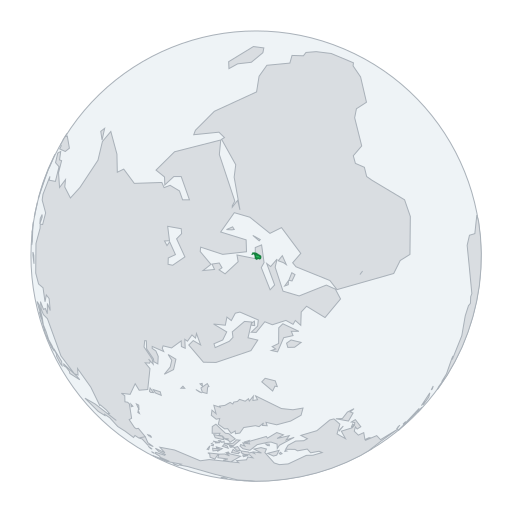 Thessalia on an orthographic globe, rotated 203°
{"feature_id": "GRC-2900", "entity_name": "Thessalia", "entity_type": "Region", "adm_level": 1, "iso_a3": "GRC", "parent_name": "Greece", "parent_adm1": "", "projection": "orthographic", "projection_center": [22.751, 39.565], "detail": "fine", "context": "on_globe", "style": "filled", "palette": "green", "viewbox_px": 512, "rotation_deg": 203, "n_neighbors": 0, "source": "natural_earth", "source_scale": "10m", "svg_char_len": 12289}
<svg xmlns="http://www.w3.org/2000/svg" viewBox="0 0 512 512"><g transform="rotate(203 256 256)"><circle cx="256" cy="256" r="225" fill="#eef3f6" stroke="#a8b0b8"/><path d="M170.8,47.4L175.2,45.9L168.8,48.4L172.5,47.3L180.7,44.3L185.3,42.7L209.2,38.9L236.7,35.5L244.9,33.7L243.5,35.2L258.6,31.8L273.2,32.0L257.0,32.5L255.6,33.2L265.6,33.3L266.3,34.1L271.6,34.9L271.6,36.1L262.1,36.9L261.9,37.9L269.0,38.0L273.5,39.7L263.0,39.3L269.7,42.4L255.2,45.6L227.3,45.7L219.4,50.4L191.2,59.0L194.0,60.0L185.1,64.7L185.0,67.8L179.9,69.0L184.3,70.5L189.0,68.9L192.6,69.1L193.0,70.9L186.4,72.6L185.3,72.0L183.5,73.5L180.1,73.6L182.0,74.6L174.0,76.8L182.4,77.5L176.5,81.6L171.0,82.4L171.0,78.5L158.4,72.6L152.9,73.1L145.1,77.2L131.7,92.2L125.8,94.8L118.3,100.9L121.7,100.9L128.8,96.2L133.4,98.3L141.6,92.9L144.6,93.2L153.2,89.7L152.5,94.4L147.1,101.2L139.9,104.6L137.3,107.9L144.6,108.4L131.7,119.0L124.0,133.9L120.6,136.5L113.1,134.0L111.9,123.9L102.2,122.8L109.0,128.1L100.4,135.4L99.2,138.7L100.0,141.3L103.4,140.4L100.6,144.2L92.8,139.8L95.3,136.3L97.7,137.5L97.1,133.1L91.8,131.1L87.8,135.5L84.0,129.6L81.1,132.8L78.7,133.7L83.5,128.8L74.7,137.8L69.6,135.6L57.5,152.5L68.8,134.1L72.4,127.5L75.8,121.6L73.8,124.1L81.1,114.1L81.4,113.6L92.0,101.5L103.4,90.2L115.6,79.8L128.5,70.3L142.1,61.7L156.2,54.0L170.8,47.4ZM36.6,204.8L36.9,203.8L36.7,207.6L34.2,217.6L36.0,212.8L34.6,221.9L35.6,236.9L34.9,238.0L35.4,263.0L40.0,282.6L41.0,293.3L40.1,296.2L42.5,302.5L42.6,305.7L56.0,330.4L65.8,348.3L67.6,358.5L63.3,362.1L68.7,379.9L64.7,375.0L56.7,361.1L49.7,346.6L43.8,331.6L38.9,316.3L35.2,300.6L32.6,284.8L31.1,268.7L30.7,252.7L31.6,236.6L33.5,220.6L36.6,204.8ZM54.4,157.3L46.2,179.6L47.7,172.4L48.0,172.5L50.7,165.5L54.7,155.9L56.9,150.7L54.4,157.3ZM57.9,154.7L59.1,151.7L58.4,154.0L57.9,154.7ZM187.2,42.0L180.8,44.2L173.1,46.9L178.3,44.8L187.2,42.0ZM201.9,38.4L199.2,39.4L195.3,39.8L198.1,39.1L201.9,38.4ZM250.6,32.5L245.3,32.8L250.2,32.3L250.6,32.5ZM272.4,34.8L273.6,34.6L275.8,35.1L272.4,34.8ZM153.1,87.4L153.1,88.5L151.5,88.5L153.1,87.4ZM156.7,84.9L154.8,84.2L156.2,82.9L157.4,83.4L156.7,84.9ZM277.8,37.6L280.9,38.8L276.1,37.7L277.8,37.6ZM158.8,86.1L159.1,80.8L161.7,78.7L168.3,78.8L158.8,86.1ZM281.6,39.6L289.3,43.1L292.8,42.7L287.3,46.4L282.6,41.9L276.1,40.4L280.7,40.5L281.6,39.6ZM190.4,67.6L185.3,69.4L189.2,66.3L190.4,67.6ZM192.0,65.6L198.8,56.6L206.5,55.1L202.6,58.2L212.3,55.4L212.7,59.1L207.5,61.5L202.4,61.6L206.4,63.0L192.0,65.6ZM283.0,48.2L283.4,49.3L281.1,48.3L283.0,48.2ZM194.3,68.9L195.0,67.1L201.7,65.6L201.5,69.1L199.4,68.4L194.3,68.9ZM214.6,53.0L219.6,52.8L221.2,55.6L223.4,56.0L213.3,59.0L214.6,53.0ZM198.1,69.7L201.3,71.0L198.5,73.4L194.1,70.7L198.1,69.7ZM203.5,63.9L206.6,63.4L204.8,64.8L203.5,63.9ZM190.3,83.4L191.0,80.9L194.5,79.9L190.3,83.4ZM202.6,71.3L203.6,70.5L205.0,69.9L206.5,71.3L202.6,71.3ZM215.2,61.0L214.9,62.3L219.4,59.8L220.9,62.2L213.9,63.9L217.5,64.1L218.0,64.8L211.8,65.5L215.2,61.0ZM212.4,71.0L204.1,74.5L202.0,79.2L198.8,80.2L202.7,72.4L212.4,71.0ZM212.6,67.7L211.8,69.9L208.2,69.8L206.5,68.2L212.6,67.7ZM224.3,63.2L223.9,59.2L225.5,59.0L224.3,63.2ZM212.5,72.3L214.6,71.5L212.8,72.7L212.5,72.3ZM221.5,65.9L221.2,64.5L222.9,64.3L221.5,65.9ZM218.9,71.2L216.2,72.2L215.0,71.1L218.9,71.2ZM220.7,68.8L223.2,68.9L216.2,70.1L220.2,68.1L220.7,68.8ZM223.2,66.0L224.2,65.4L223.1,66.6L223.2,66.0ZM225.0,75.1L216.5,76.9L213.8,74.3L222.5,72.8L225.0,75.1ZM129.4,352.7L114.9,317.6L121.5,308.2L122.4,293.7L168.3,256.7L178.4,262.3L215.0,261.7L219.6,264.1L215.8,275.9L243.6,292.1L252.0,282.3L276.8,289.3L292.9,287.4L297.9,264.3L271.4,267.0L266.4,256.2L287.3,244.5L310.4,242.5L309.1,238.3L294.2,230.7L299.1,221.9L288.9,227.4L293.3,231.4L287.1,235.2L282.7,231.9L284.6,228.8L277.5,227.5L270.2,243.8L273.9,249.5L255.6,253.3L260.0,263.5L255.2,268.4L246.0,253.1L246.6,247.4L229.8,230.4L227.5,236.6L243.2,253.3L238.4,252.0L235.4,261.4L234.0,253.2L217.4,234.2L200.7,236.1L179.9,256.7L170.0,256.5L161.4,249.5L168.4,226.3L189.8,229.5L192.5,222.1L187.7,209.7L194.6,212.0L195.2,207.6L203.3,208.4L214.1,199.1L222.2,198.9L226.0,185.7L230.6,184.0L227.1,192.1L228.9,198.0L248.9,198.1L252.7,195.3L253.5,186.9L258.9,188.4L257.2,180.3L268.5,176.8L253.3,174.7L253.8,165.7L260.4,158.8L257.8,155.7L247.2,167.1L245.4,172.1L248.2,176.9L241.0,191.3L234.2,193.5L231.4,177.6L221.5,179.3L223.7,166.9L251.2,142.4L262.9,137.7L283.1,147.8L280.7,153.6L272.2,152.5L280.5,161.4L279.6,156.8L284.1,158.3L285.8,150.8L289.0,151.5L285.1,143.4L289.3,143.5L291.7,148.6L297.8,138.4L306.4,137.0L306.2,134.4L303.6,132.0L316.2,132.2L315.5,130.4L311.1,129.5L306.8,125.4L304.2,118.3L308.7,118.8L310.3,121.3L320.4,127.8L323.8,135.1L325.4,134.6L323.5,128.5L311.2,120.5L308.3,116.2L314.6,119.1L312.1,117.7L312.1,115.8L316.3,114.4L309.6,110.9L303.5,90.8L311.1,86.8L317.3,91.2L317.8,79.5L326.3,77.0L322.2,76.1L319.7,70.6L317.0,71.2L314.8,70.4L307.1,58.0L308.8,55.8L300.8,50.6L298.7,50.2L297.0,51.4L287.3,46.4L292.8,42.7L297.3,43.5L297.8,41.1L308.0,43.6L316.6,45.0L327.5,50.0L333.4,51.1L332.8,50.1L340.5,51.3L357.9,58.3L346.1,56.9L320.3,50.0L331.0,52.9L329.3,53.7L333.5,55.8L341.0,58.1L341.5,57.4L356.9,70.8L376.3,82.7L373.3,76.9L377.1,76.6L396.5,87.8L423.5,116.8L428.8,119.0L432.9,123.1L436.6,129.8L430.7,123.8L429.4,125.4L425.5,121.3L429.5,130.8L424.1,125.4L429.8,136.0L433.8,138.2L432.3,131.4L439.6,143.5L445.2,145.3L452.1,154.2L463.4,181.5L465.6,197.2L467.1,201.0L464.7,201.6L466.5,213.5L474.7,224.0L476.2,229.6L476.8,248.8L475.9,245.0L469.8,246.3L472.2,261.2L477.0,263.6L478.7,273.3L476.6,275.9L474.4,267.7L472.2,267.8L470.3,255.5L463.6,242.3L461.2,251.9L459.0,244.8L449.5,236.9L444.8,250.4L438.9,282.4L442.1,301.4L438.3,313.9L423.8,295.4L416.4,278.9L411.7,284.3L396.4,275.3L371.4,286.9L367.3,283.0L362.7,287.5L351.9,286.0L345.5,279.0L339.2,281.7L355.9,299.9L362.7,297.0L367.7,285.8L371.1,293.0L381.6,296.0L371.7,320.1L333.8,349.0L329.4,335.1L296.9,298.2L297.5,293.1L297.3,292.6L296.9,291.6L294.7,300.1L288.8,292.2L306.9,320.0L310.3,332.1L333.3,350.0L331.3,352.7L338.5,355.5L360.7,343.3L360.9,348.1L350.9,372.9L319.6,407.3L323.4,422.7L320.5,435.8L300.2,446.8L301.2,454.7L290.6,458.8L289.5,462.9L280.5,467.6L265.9,471.8L241.8,471.9L240.9,468.9L229.7,461.7L214.4,440.7L221.1,430.8L219.2,421.8L201.7,398.6L205.6,386.3L200.7,380.1L190.9,380.0L185.2,372.4L179.2,371.1L141.2,365.8L129.4,352.7ZM153.1,279.5L152.0,283.8L153.1,279.5ZM335.5,251.9L348.9,248.8L341.6,236.2L346.1,234.1L342.0,230.8L341.0,235.3L330.7,225.8L336.0,219.9L333.7,214.0L329.1,214.9L321.1,227.4L335.8,240.8L333.2,247.5L335.5,251.9ZM35.7,237.3L35.6,241.0L35.2,238.6L35.7,237.3ZM46.2,175.1L45.3,178.4L44.2,181.4L44.6,179.6L46.2,175.1ZM42.4,201.2L42.1,205.6L41.7,202.6L42.4,201.2ZM45.3,182.9L42.5,198.0L41.8,193.6L43.9,184.3L43.4,188.4L45.3,182.9ZM55.0,158.5L54.0,161.1L53.2,162.2L55.0,158.5ZM57.5,156.5L57.6,155.9L58.7,153.7L57.5,156.5ZM100.8,135.6L101.4,136.1L101.4,139.2L99.9,138.7L100.8,135.6ZM110.9,148.0L106.1,153.8L108.4,149.2L105.3,149.4L106.4,140.2L118.9,137.4L113.0,140.1L110.9,148.0ZM111.3,128.0L109.2,133.6L111.0,127.6L111.3,128.0ZM191.0,184.3L193.8,187.7L190.9,192.4L180.7,194.1L184.8,187.1L191.0,184.3ZM198.6,191.6L198.7,176.2L205.0,175.0L201.5,178.1L205.7,178.9L201.0,184.3L207.0,198.8L204.8,204.1L187.1,203.4L194.1,200.5L190.8,197.2L198.6,191.6ZM187.7,143.6L187.9,138.2L201.5,142.4L199.8,147.0L189.5,148.6L185.4,144.1L187.7,143.6ZM170.4,88.0L169.6,86.6L171.4,86.0L173.6,86.7L170.4,88.0ZM190.3,82.3L176.0,93.9L174.3,92.8L167.9,101.6L160.9,102.1L165.3,96.3L155.2,103.6L156.4,98.5L150.0,104.0L160.5,90.9L161.2,87.1L163.1,91.1L169.4,90.6L172.3,89.2L181.2,82.8L185.7,74.8L192.7,73.5L196.5,74.8L196.4,76.5L191.9,76.7L195.1,78.8L188.5,80.5L190.3,82.3ZM236.3,96.9L231.1,95.2L236.5,102.1L229.9,102.8L230.9,103.6L226.3,106.3L222.6,111.1L219.5,110.7L219.4,112.8L216.3,114.8L215.1,117.6L209.2,118.1L207.2,121.7L205.5,119.9L203.7,126.0L202.4,121.8L198.4,124.3L201.8,127.1L173.0,125.5L161.9,128.9L153.3,134.4L152.3,127.0L159.6,117.6L171.0,108.7L181.8,106.8L179.4,104.1L183.9,102.5L183.9,105.3L186.5,100.1L190.2,99.6L200.3,93.3L201.7,86.7L205.5,84.4L206.8,86.8L209.6,83.0L214.6,86.0L217.3,84.6L225.0,86.4L225.9,92.2L228.9,90.2L234.9,91.9L236.3,96.9ZM227.1,75.7L229.6,81.9L227.2,85.5L214.9,80.9L211.6,81.8L203.6,79.5L207.2,74.4L209.2,75.5L211.9,75.4L209.7,77.0L213.5,75.7L216.4,77.2L220.1,76.7L219.9,78.7L227.1,75.7ZM224.7,259.9L228.2,260.6L233.7,260.3L231.9,266.6L224.7,259.9ZM213.1,247.1L216.3,246.5L216.5,254.6L212.8,254.1L213.1,247.1ZM217.9,239.6L216.5,245.9L215.1,242.2L217.9,239.6ZM230.0,191.4L233.4,190.5L233.8,192.5L232.0,195.4L230.0,191.4ZM251.0,119.5L248.3,117.5L249.3,116.5L247.4,110.3L252.1,109.6L255.1,113.0L251.0,119.5ZM293.5,268.8L288.9,273.7L286.4,271.9L288.5,270.6L293.5,268.8ZM259.0,271.2L267.0,273.7L258.5,272.8L259.0,271.2ZM255.8,117.7L254.4,115.2L257.6,116.4L255.8,117.7ZM255.4,108.8L259.2,109.6L252.4,108.8L255.4,108.8ZM357.1,424.2L340.2,447.8L330.1,450.6L329.1,445.8L336.0,432.5L348.0,425.7L354.1,417.9L357.1,424.2ZM478.2,293.0L477.8,295.0L478.6,290.5L479.1,287.0L478.2,293.0ZM478.5,290.9L476.6,292.7L469.9,282.3L472.4,277.7L478.6,277.9L478.3,281.4L479.4,281.9L478.5,290.9ZM480.8,271.1L480.8,264.2L480.8,257.6L481.1,254.4L479.0,224.2L479.0,223.9L480.7,239.6L481.3,255.3L480.8,271.1ZM443.0,302.6L447.6,310.1L445.2,314.4L443.0,302.6ZM475.8,207.1L478.2,219.8L475.3,205.2L475.8,207.1ZM472.8,195.2L473.8,198.5L473.2,197.2L472.8,195.2ZM469.2,206.1L469.1,210.6L468.0,208.1L467.5,201.0L469.2,206.1ZM457.3,162.1L461.5,169.3L462.9,172.5L460.8,169.8L457.3,162.1ZM294.2,111.3L291.6,120.3L292.8,127.1L298.4,131.0L289.4,129.7L287.5,119.2L294.2,111.3ZM301.9,93.1L296.9,90.2L299.7,89.3L301.2,89.8L301.9,93.1ZM298.4,92.9L291.1,93.6L288.8,90.7L295.0,90.6L298.4,92.9ZM273.5,104.9L272.4,107.6L269.9,106.4L273.5,104.9ZM474.3,200.4L473.7,197.9L473.3,196.7L474.3,200.4ZM471.8,191.5L472.7,195.3L467.6,182.0L466.7,178.5L470.9,189.6L471.6,190.6L471.8,191.5ZM433.8,120.3L431.2,117.7L429.0,114.2L431.4,117.0L433.8,120.3ZM419.4,101.9L427.5,112.5L433.6,121.9L434.1,121.4L439.7,128.6L436.4,126.3L428.6,115.6L424.9,109.6L419.7,104.4L414.2,98.0L408.3,93.4L404.4,89.6L408.5,92.1L419.4,101.9ZM405.9,91.7L393.7,83.0L391.7,79.3L393.9,80.4L400.4,85.8L401.0,87.4L405.9,91.7ZM390.1,79.9L390.7,81.5L373.8,75.3L369.8,73.2L381.5,75.2L382.7,76.9L387.1,79.4L390.1,79.9ZM285.7,49.2L283.6,49.3L284.6,48.5L285.7,49.2ZM313.4,70.9L310.6,69.6L311.9,68.5L313.4,70.9ZM303.6,65.8L304.1,67.9L301.7,65.5L303.6,65.8ZM305.7,72.9L303.5,68.7L308.3,73.1L305.7,72.9Z" fill="#d9dde1" stroke="#a8b0b8" stroke-width="1"/><path d="M255.9,254.5L256.0,254.8L256.2,255.0L256.3,255.1L256.3,255.3L256.5,255.6L256.5,255.9L256.6,256.0L256.8,256.1L257.0,256.2L257.1,256.3L257.4,256.7L257.4,256.8L257.6,256.9L257.6,257.2L257.8,257.5L257.7,257.6L257.4,257.7L257.5,257.7L257.5,257.8L257.4,257.8L257.2,257.8L256.9,257.8L257.0,257.7L257.1,257.8L257.3,257.7L257.3,257.3L257.3,257.2L257.2,257.1L256.8,257.0L256.8,256.9L256.7,256.8L256.5,257.0L256.4,257.1L256.2,257.2L256.2,257.3L256.3,257.6L256.5,257.5L256.6,257.8L256.6,257.7L256.6,257.8L256.8,257.9L256.7,258.0L256.8,258.0L256.7,258.1L256.8,258.1L257.0,258.1L256.9,258.2L256.8,258.3L256.7,258.4L256.4,258.4L256.2,258.3L255.9,258.2L255.7,258.1L255.4,258.1L255.2,258.1L255.2,257.8L255.0,257.7L254.9,257.6L254.8,257.4L254.6,257.4L254.4,257.3L254.2,257.6L254.1,257.8L253.9,257.9L253.7,258.0L253.4,258.1L253.5,258.0L253.4,257.9L253.2,257.7L253.0,257.8L252.9,257.8L252.8,257.7L252.7,257.5L252.7,257.3L252.6,257.2L252.3,257.3L252.2,257.4L252.0,257.5L251.8,257.6L251.7,257.5L251.7,257.4L251.8,257.1L251.7,256.9L251.4,256.8L251.4,256.7L251.2,256.5L251.2,256.4L251.2,256.2L251.2,255.9L251.1,255.7L251.3,255.5L251.4,255.4L251.3,255.2L251.5,255.0L251.8,255.0L251.9,254.9L252.0,254.8L252.6,254.9L252.9,254.9L253.0,255.0L253.2,254.9L253.4,254.9L253.4,254.7L253.5,254.4L253.7,254.2L253.8,254.0L253.9,253.8L254.0,253.7L254.3,253.6L254.3,253.8L254.5,253.8L254.5,253.7L254.7,253.8L254.8,253.8L254.7,254.0L254.8,254.1L255.1,254.3L255.1,254.5L255.3,254.6L255.6,254.5L255.8,254.6L255.9,254.5ZM258.8,257.7L258.7,257.6L258.5,257.4L258.7,257.5L258.8,257.5L259.0,257.6L259.1,257.8L258.9,257.9L258.8,257.7ZM259.6,257.3L259.6,257.5L259.4,257.6L259.5,257.3L259.6,257.1L259.7,257.3L259.6,257.3ZM258.1,257.6L258.1,257.4L258.3,257.4L258.3,257.5L258.2,257.5L258.1,257.6ZM260.0,256.8L260.0,257.0L260.0,256.9L259.9,256.9L260.0,256.8L260.0,256.8Z" fill="#22c55e" stroke="#15803d" stroke-width="1.5"/></g></svg>